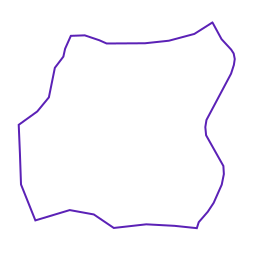 Dún Laoghaire–Rathdown, Mercator projection, rotated 268°
{"feature_id": "IRL-5576", "entity_name": "Dún Laoghaire–Rathdown", "entity_type": "County", "adm_level": 1, "iso_a3": "IRL", "parent_name": "Ireland", "parent_adm1": "", "projection": "mercator", "projection_center": [-6.178, 53.255], "detail": "fine", "context": "isolated", "style": "outline", "palette": "violet", "viewbox_px": 256, "rotation_deg": 268, "n_neighbors": 0, "source": "natural_earth", "source_scale": "10m", "svg_char_len": 618}
<svg xmlns="http://www.w3.org/2000/svg" viewBox="0 0 256 256"><g transform="rotate(268 128 128)"><path d="M135.0,18.9L147.7,37.9L161.4,50.0L190.7,57.0L201.6,65.9L209.4,67.9L222.1,74.1L222.1,88.0L216.7,102.4L213.2,109.6L212.1,148.0L213.8,171.9L219.7,197.6L230.5,216.0L230.3,216.2L213.5,224.6L202.8,233.8L198.8,236.2L193.2,237.1L187.3,236.0L178.7,232.9L133.3,206.7L126.2,205.3L118.0,205.8L86.7,222.0L78.6,222.2L68.1,219.7L50.2,211.0L41.5,204.8L31.4,195.4L25.5,193.3L28.6,171.1L31.1,142.9L28.6,110.3L42.8,90.8L48.0,66.9L38.9,32.2L75.3,19.1L106.4,19.1L135.0,18.9Z" fill="none" stroke="#5b21b6" stroke-width="2"/></g></svg>